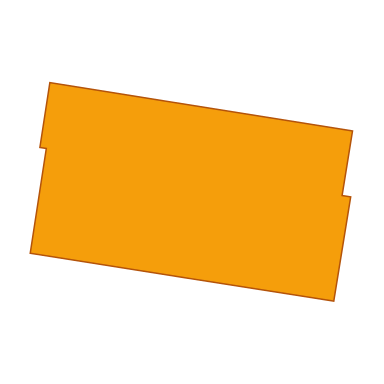 Cavalier, North Dakota, United States of America (Equal Earth projection), rotated 189°
{"feature_id": "52423323B74139134626604", "entity_name": "Cavalier", "entity_type": "district", "adm_level": 2, "iso_a3": "USA", "parent_name": "United States of America", "parent_adm1": "North Dakota", "projection": "equal_earth", "projection_center": [-98.452, 48.772], "detail": "fine", "context": "isolated", "style": "filled", "palette": "amber", "viewbox_px": 384, "rotation_deg": 189, "n_neighbors": 0, "source": "geoboundaries", "source_scale": "gbopen_adm2", "svg_char_len": 310}
<svg xmlns="http://www.w3.org/2000/svg" viewBox="0 0 384 384"><g transform="rotate(189 192 192)"><path d="M43.0,277.4L234.6,277.6L349.5,277.8L349.2,212.2L342.7,212.2L342.2,106.2L341.9,106.2L184.5,106.2L34.9,106.4L34.5,212.0L43.2,212.0L43.0,277.4Z" fill="#f59e0b" stroke="#b45309" stroke-width="1.5"/></g></svg>